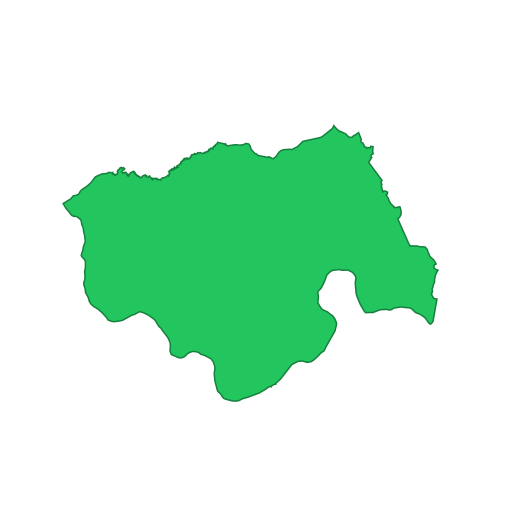 Kintampo North Municipal, Brong Ahafo, Ghana (Robinson projection), rotated 232°
{"feature_id": "2480657B78031413348906", "entity_name": "Kintampo North Municipal", "entity_type": "district", "adm_level": 2, "iso_a3": "GHA", "parent_name": "Ghana", "parent_adm1": "Brong Ahafo", "projection": "robinson", "projection_center": [-1.417, 8.387], "detail": "fine", "context": "isolated", "style": "filled", "palette": "green", "viewbox_px": 512, "rotation_deg": 232, "n_neighbors": 0, "source": "geoboundaries", "source_scale": "gbopen_adm2", "svg_char_len": 6134}
<svg xmlns="http://www.w3.org/2000/svg" viewBox="0 0 512 512"><g transform="rotate(232 256 256)"><path d="M290.1,412.8L290.4,407.6L290.8,407.1L290.4,405.1L290.6,404.4L292.3,402.6L293.1,402.2L296.9,401.9L302.5,399.1L302.9,398.2L303.8,398.5L305.3,397.9L310.9,397.5L310.0,396.2L309.4,394.2L309.3,381.2L310.1,378.9L317.5,363.5L316.6,356.2L317.8,349.7L319.5,348.2L320.5,346.3L321.1,345.9L321.8,344.5L322.6,343.6L323.1,341.9L323.6,341.3L323.7,338.2L322.1,333.2L322.0,329.8L322.8,328.8L325.8,327.6L326.5,326.9L326.1,326.3L334.1,319.4L335.8,319.3L337.7,318.2L343.1,317.8L346.6,319.2L348.8,319.2L350.8,317.5L351.8,313.8L353.7,311.1L356.5,308.2L360.4,301.2L362.1,300.9L362.5,301.1L362.8,300.7L363.2,300.8L363.1,300.3L363.5,300.4L369.2,295.7L368.2,294.2L368.6,293.6L368.5,292.5L367.8,291.6L368.3,291.5L368.0,290.5L368.5,289.9L367.9,288.7L367.3,288.5L366.9,288.0L367.9,287.2L368.8,287.0L368.9,286.1L368.4,285.3L368.9,284.5L368.4,284.4L368.4,283.9L368.0,284.1L367.8,283.3L368.2,282.3L367.8,282.0L368.7,281.2L368.8,280.0L368.5,279.8L368.9,278.9L369.3,279.0L369.4,277.3L370.5,276.4L371.4,276.1L372.2,275.1L372.7,273.8L373.3,273.5L372.8,273.0L372.9,272.2L373.5,271.4L373.2,271.1L373.7,270.8L373.6,270.5L374.1,269.9L374.5,270.2L374.6,269.1L375.4,267.3L374.3,266.0L374.0,266.0L374.4,264.9L374.0,264.7L373.5,263.5L374.1,263.1L374.2,261.9L374.9,262.2L375.3,261.4L375.4,261.8L375.6,261.5L375.9,261.7L376.2,260.7L375.8,260.1L376.7,259.9L376.4,259.3L376.9,259.0L376.4,258.4L376.4,258.1L376.0,258.1L376.7,256.8L375.9,256.3L376.0,255.4L375.7,255.1L376.2,254.7L375.1,253.8L375.5,253.5L375.2,253.0L375.5,252.3L374.9,251.2L375.5,250.4L375.7,249.3L375.1,248.9L375.2,248.4L374.9,248.1L374.3,248.5L374.6,247.8L374.2,247.4L374.6,246.8L375.1,247.2L375.1,246.4L375.6,246.4L374.9,245.8L375.7,245.4L374.9,244.8L375.6,244.2L375.1,243.7L376.1,243.5L375.8,243.1L376.4,243.0L376.3,242.2L375.7,241.9L375.9,241.4L376.3,241.7L376.5,240.6L375.9,239.8L376.2,239.3L375.3,239.2L374.6,238.5L374.2,238.8L373.9,238.5L373.7,237.5L373.3,237.2L373.6,236.6L373.1,236.3L373.8,236.0L373.7,234.3L374.0,232.7L375.2,230.2L374.8,227.9L375.1,228.1L375.9,226.7L376.8,226.0L376.6,225.5L377.9,225.6L378.2,224.9L378.5,225.3L379.5,224.1L379.9,223.2L380.5,222.8L379.7,222.2L379.8,221.6L380.2,222.0L381.0,221.4L382.0,221.6L382.5,221.1L384.4,221.5L384.7,221.2L384.5,219.6L385.3,218.8L386.6,218.4L386.7,219.1L387.5,218.5L388.2,218.6L388.2,217.3L388.7,217.0L388.8,216.1L388.3,213.9L388.7,213.5L388.9,213.8L389.3,212.9L390.6,212.5L390.7,212.9L391.8,212.3L392.0,211.7L392.6,212.0L393.1,211.6L393.7,212.0L394.6,211.3L395.1,211.7L395.8,211.4L396.4,212.1L397.9,211.8L397.6,211.2L398.5,210.6L398.5,209.3L398.9,208.4L398.3,206.9L398.5,206.1L397.3,205.0L397.4,204.6L398.6,204.2L399.4,204.9L399.7,204.5L400.3,205.1L402.3,204.9L402.5,204.4L402.2,203.9L403.0,203.6L403.2,203.0L403.0,202.6L403.5,202.0L405.3,202.4L405.5,204.1L405.2,205.3L405.5,206.2L407.3,205.9L407.8,204.4L408.8,204.4L409.1,203.1L408.8,202.8L408.8,201.7L408.5,201.1L408.7,199.8L408.0,198.7L407.2,198.7L406.0,197.5L406.6,196.4L406.1,194.8L406.8,194.2L407.1,194.7L408.3,194.5L408.6,193.7L410.0,194.6L410.4,193.6L412.3,191.8L412.8,190.8L412.7,189.5L415.5,185.2L416.9,179.9L417.2,177.8L415.5,171.7L415.1,167.2L415.2,163.4L415.5,160.8L415.3,157.7L413.9,154.4L414.5,151.7L415.9,149.1L415.1,145.2L416.1,136.3L410.3,135.6L405.4,135.9L403.8,135.6L401.1,135.9L399.3,136.9L398.4,138.2L396.8,139.3L392.5,140.2L391.4,139.9L387.6,137.9L385.2,137.4L381.1,135.1L377.7,133.6L372.6,130.4L369.4,125.5L366.8,122.5L364.1,118.6L362.9,118.3L358.7,118.7L356.4,118.0L352.0,114.5L349.2,111.3L344.9,108.5L342.8,106.5L340.9,103.7L339.4,102.6L335.6,101.3L332.1,99.2L326.3,98.2L323.1,96.8L321.4,96.5L319.4,96.4L316.1,97.0L311.8,98.7L305.6,99.9L299.5,100.3L296.4,100.1L293.0,102.3L291.6,103.7L290.6,105.6L289.5,107.0L287.5,111.2L285.7,122.3L284.9,123.7L284.0,129.1L283.4,130.4L280.9,132.2L275.8,134.8L268.1,137.0L260.4,136.1L256.8,136.7L255.1,136.4L246.7,136.4L244.3,136.0L240.3,134.8L237.0,132.5L234.3,129.9L231.2,128.7L229.9,128.9L223.6,132.4L222.3,133.6L221.3,135.3L220.7,137.8L221.2,142.1L220.7,144.9L219.8,147.3L217.2,150.1L215.5,151.3L212.1,152.2L211.0,153.2L208.6,154.6L202.7,157.3L198.8,157.1L194.8,155.7L192.1,153.9L189.6,151.1L188.1,150.0L182.6,146.6L173.8,142.8L172.6,142.6L168.6,143.3L166.5,142.8L163.8,142.9L161.9,143.9L156.5,148.0L153.8,151.1L152.5,153.8L151.8,157.5L149.6,163.0L146.1,174.0L145.2,180.5L144.9,186.2L143.5,187.6L144.1,188.1L143.8,190.1L143.7,191.2L142.8,192.7L143.5,193.5L143.9,199.5L148.4,217.5L147.2,223.9L144.7,227.9L140.7,230.8L138.7,234.6L138.5,237.5L138.9,242.9L139.6,247.5L139.4,251.4L141.6,255.9L148.3,272.1L152.8,277.7L154.6,278.5L158.2,279.5L162.0,279.6L164.2,278.6L167.7,278.0L172.6,275.5L174.2,275.2L177.5,275.4L180.5,275.9L181.8,276.5L185.1,279.9L189.4,282.3L189.9,283.3L190.6,287.7L193.3,293.5L197.4,300.2L197.9,303.8L197.6,307.3L194.3,312.9L191.7,315.1L188.4,319.8L183.7,322.0L178.6,322.0L176.9,320.9L173.8,317.7L165.1,312.0L161.9,310.7L153.7,308.4L145.7,307.3L144.0,307.4L139.4,313.5L137.3,320.6L133.5,326.1L131.5,327.6L130.3,329.7L130.2,332.3L127.6,337.1L126.0,339.7L124.5,340.8L120.7,345.0L119.9,345.6L118.0,346.2L113.3,346.9L108.7,349.6L104.0,351.0L101.6,351.2L97.4,350.9L95.1,351.3L94.8,351.7L95.1,354.4L96.0,355.8L110.7,372.1L113.0,370.0L117.5,370.5L119.6,373.4L121.7,374.6L122.4,376.0L123.9,377.6L125.3,380.4L127.0,381.8L129.8,384.8L131.2,386.9L132.8,390.7L134.6,389.4L137.3,388.9L139.2,391.0L138.8,393.0L139.4,393.2L142.9,393.6L148.7,392.8L151.7,393.7L152.9,393.7L155.3,394.9L158.8,394.8L159.9,393.9L162.3,390.9L164.8,389.0L167.9,385.1L169.1,384.1L169.3,383.4L198.0,390.6L198.1,393.0L199.5,396.0L202.3,398.1L206.0,399.7L206.5,399.5L207.4,397.1L209.1,394.6L210.0,395.1L214.1,394.4L217.9,395.0L220.3,395.8L224.1,396.1L223.9,397.6L225.1,398.8L226.2,398.8L228.4,397.0L228.5,395.4L234.2,398.0L234.8,399.2L237.1,399.9L238.1,401.9L260.4,402.4L262.4,407.9L263.5,407.7L264.7,408.8L264.4,411.3L266.4,412.2L270.1,415.6L271.8,414.0L271.0,412.7L272.5,411.0L272.3,410.4L272.6,409.7L273.5,409.4L274.0,409.7L274.6,408.8L279.2,409.8L280.3,409.1L281.7,409.1L283.3,410.9L290.1,412.8Z" fill="#22c55e" stroke="#15803d" stroke-width="1.5"/></g></svg>